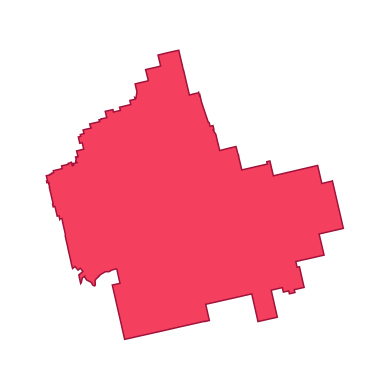 Perenjori, Western Australia, Australia (orthographic projection), rotated 77°
{"feature_id": "25037944B82153403198712", "entity_name": "Perenjori", "entity_type": "district", "adm_level": 2, "iso_a3": "AUS", "parent_name": "Australia", "parent_adm1": "Western Australia", "projection": "orthographic", "projection_center": [116.454, -29.398], "detail": "fine", "context": "isolated", "style": "filled", "palette": "rose", "viewbox_px": 384, "rotation_deg": 77, "n_neighbors": 0, "source": "geoboundaries", "source_scale": "gbopen_adm2", "svg_char_len": 4572}
<svg xmlns="http://www.w3.org/2000/svg" viewBox="0 0 384 384"><g transform="rotate(77 192 192)"><path d="M107.1,284.2L110.8,284.1L110.9,287.9L112.7,287.9L112.8,290.4L118.4,290.4L118.5,290.4L119.3,290.4L119.3,287.9L125.9,287.9L126.0,292.5L126.0,295.2L127.2,295.2L128.5,295.2L130.9,295.1L132.1,295.1L132.1,296.5L131.7,296.5L131.7,297.6L134.3,297.5L134.8,298.0L135.6,298.3L136.3,298.4L137.5,297.5L137.5,297.9L137.0,298.4L137.1,298.9L137.5,299.1L137.5,301.3L139.4,301.3L139.4,302.7L135.9,302.7L135.9,303.1L135.9,303.4L136.2,303.4L136.2,305.3L136.2,306.2L137.2,306.2L137.2,306.3L137.2,307.0L137.2,313.2L137.3,313.2L140.0,313.2L140.0,316.2L140.0,320.5L140.1,322.4L142.1,322.4L142.1,324.8L142.9,324.8L142.9,326.5L143.3,326.5L143.4,330.3L148.6,330.3L148.6,331.3L150.4,331.3L150.4,329.4L151.4,329.4L151.4,329.7L155.7,329.7L155.7,330.0L157.8,330.0L160.1,330.0L164.4,329.9L164.4,330.0L172.4,329.9L172.4,330.0L172.4,330.6L174.3,330.6L175.3,330.6L175.3,330.4L175.3,328.8L177.9,328.8L184.0,328.8L185.2,328.8L185.2,328.6L185.2,327.0L189.0,327.0L188.8,326.8L188.7,326.6L188.6,326.4L188.6,326.1L188.6,325.9L188.6,325.7L188.7,325.4L188.8,325.2L188.8,324.9L188.7,324.7L192.0,324.7L192.0,324.9L195.3,324.9L199.2,324.9L202.0,324.9L203.1,324.9L203.7,324.9L203.8,324.9L204.1,324.9L206.5,325.4L207.5,325.5L207.8,325.5L208.2,325.5L211.2,325.5L214.9,325.5L218.0,325.5L219.4,325.6L221.8,325.6L224.7,325.6L227.5,325.6L231.3,325.6L235.0,325.7L239.7,325.6L238.3,322.8L242.5,320.6L241.2,318.0L244.8,316.1L247.3,320.9L249.8,321.0L256.1,321.1L255.3,320.2L251.9,318.6L251.1,318.1L250.7,317.5L250.3,316.2L249.9,315.5L250.1,315.5L251.0,315.8L252.1,315.0L253.1,314.9L254.1,314.4L255.6,312.6L256.9,311.0L258.1,310.3L260.3,309.7L261.0,309.0L261.6,308.0L261.0,307.2L258.1,306.6L257.5,306.6L257.3,306.6L256.6,306.3L256.0,305.8L255.5,305.4L255.0,304.8L254.6,304.1L254.4,303.6L254.2,303.3L254.0,302.9L253.7,302.6L253.3,302.4L253.0,302.0L253.0,301.9L253.2,302.0L253.4,302.1L253.4,301.8L253.2,301.5L252.8,301.3L252.7,301.1L252.4,300.6L252.1,300.1L251.8,299.4L251.6,299.1L251.5,298.8L250.8,296.2L250.4,295.3L250.3,294.8L250.3,294.0L250.3,293.8L250.5,292.8L250.9,291.3L250.9,290.3L250.1,288.0L249.8,284.0L250.2,282.6L250.5,282.6L256.3,282.7L256.7,282.7L264.8,282.7L264.7,290.6L304.3,290.7L320.4,290.8L320.5,283.9L320.5,278.2L320.6,268.2L320.7,239.9L320.7,232.0L320.8,219.3L320.8,208.7L321.1,208.7L321.1,204.0L304.5,203.9L304.7,156.7L328.4,156.8L333.1,156.9L333.2,137.0L332.2,137.0L320.8,137.0L305.5,136.9L305.5,125.5L310.1,125.5L310.1,120.0L313.1,120.0L313.1,114.3L310.1,114.3L310.1,112.8L310.2,110.7L310.2,109.7L310.2,104.2L302.7,104.2L298.7,104.2L289.0,104.1L289.0,106.5L283.1,106.5L283.2,89.4L283.2,88.2L283.2,87.1L283.2,83.9L283.2,82.8L283.2,78.6L283.2,77.5L261.5,77.6L261.5,73.0L261.5,52.7L249.4,52.7L234.6,52.7L231.2,52.7L225.5,52.7L212.8,52.7L212.7,52.7L212.9,53.5L212.9,63.6L195.4,63.6L194.4,63.6L194.4,74.9L194.5,109.1L179.3,109.1L179.3,112.3L181.7,112.3L181.7,114.9L181.7,133.8L181.7,138.5L167.5,138.6L167.5,138.4L166.5,138.4L166.3,138.4L165.8,138.5L165.4,138.6L165.1,138.7L162.8,138.8L160.4,138.8L159.5,138.8L158.7,138.9L157.6,138.9L157.6,145.0L157.7,150.5L157.8,154.2L157.8,155.7L156.3,155.7L153.8,155.7L151.4,155.7L150.4,155.7L150.2,155.8L149.9,155.8L148.7,155.8L145.4,155.8L141.2,155.8L139.3,156.5L136.3,157.5L136.3,156.6L132.0,156.6L132.0,159.6L128.6,159.6L128.4,159.7L128.2,159.7L128.1,159.8L127.7,160.2L127.6,160.3L127.4,160.4L127.4,160.5L126.9,160.5L125.9,160.6L125.1,160.7L124.8,160.7L123.6,160.8L122.3,161.0L112.9,161.9L106.4,162.5L106.2,162.6L105.9,162.5L103.3,162.5L101.8,162.5L99.2,162.5L99.7,163.0L97.8,163.1L97.7,163.1L96.4,163.1L96.8,163.7L96.8,165.3L96.8,167.9L96.9,172.7L86.6,172.8L81.3,172.8L76.5,172.8L71.8,172.8L71.8,173.0L70.5,173.0L69.8,173.0L67.5,173.0L67.3,172.9L62.4,173.0L58.1,173.0L55.2,173.0L50.9,173.0L50.8,178.2L50.8,181.3L50.8,187.1L50.9,192.0L50.9,194.3L53.7,194.3L62.2,194.2L62.3,197.8L62.3,199.7L62.3,202.4L62.3,204.0L62.3,209.7L66.6,209.6L67.7,209.6L68.0,209.6L70.9,209.5L73.7,209.6L73.8,211.0L73.8,216.1L73.8,218.6L73.9,223.1L77.0,223.1L79.3,223.1L81.7,223.1L81.8,223.1L82.0,223.1L87.9,225.5L87.0,226.5L88.8,226.5L88.8,232.0L89.3,232.0L92.9,232.0L93.0,232.0L93.1,243.5L95.4,243.4L95.4,243.5L96.4,243.5L96.4,249.8L96.4,250.5L95.8,250.5L93.9,250.5L93.9,258.4L96.5,258.4L100.4,258.4L100.4,259.4L100.3,264.2L100.8,264.2L100.8,266.4L102.7,266.1L102.7,271.0L102.7,276.4L102.8,276.4L103.3,276.3L103.9,276.4L104.3,276.3L105.2,276.3L106.0,275.9L107.0,275.8L107.0,278.9L107.0,282.4L107.0,283.4L107.0,283.8L107.1,284.2Z" fill="#f43f5e" stroke="#9f1239" stroke-width="1.5"/></g></svg>